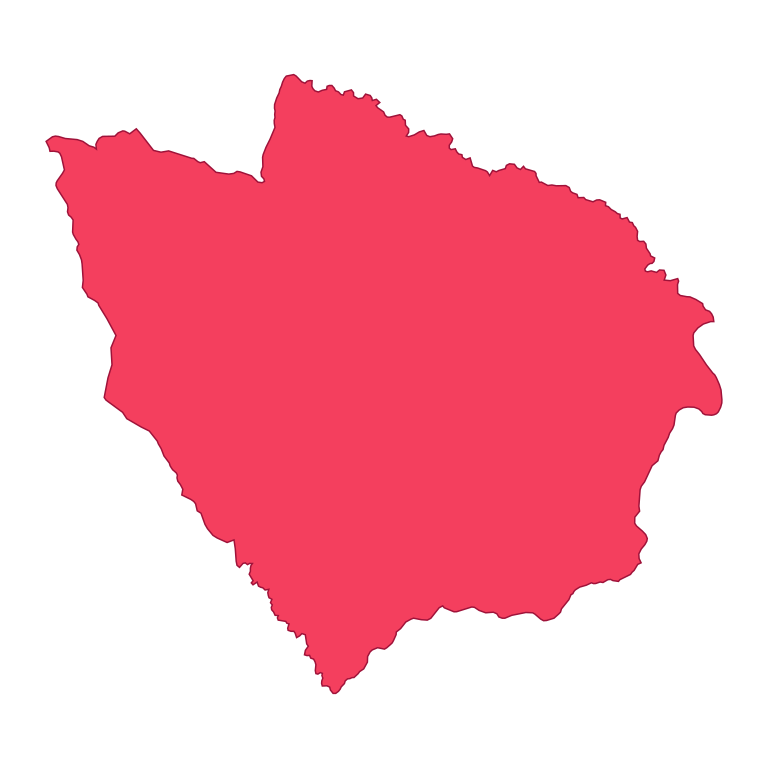 outline of Paranaíba, Mato Grosso do Sul, Brazil
{"feature_id": "56859067B8941554822277", "entity_name": "Paranaíba", "entity_type": "district", "adm_level": 2, "iso_a3": "BRA", "parent_name": "Brazil", "parent_adm1": "Mato Grosso do Sul", "projection": "albers", "projection_center": [-51.392, -19.551], "detail": "fine", "context": "isolated", "style": "filled", "palette": "rose", "viewbox_px": 768, "rotation_deg": 0, "n_neighbors": 0, "source": "geoboundaries", "source_scale": "gbopen_adm2", "svg_char_len": 6046}
<svg xmlns="http://www.w3.org/2000/svg" viewBox="0 0 768 768"><path d="M713.8,321.6L713.2,317.1L711.6,313.8L709.6,311.4L705.5,309.8L703.1,306.2L702.6,303.6L695.9,299.5L690.0,296.9L686.8,296.7L680.3,295.5L677.7,293.4L677.5,284.6L678.6,281.1L677.7,278.6L670.3,280.7L664.2,280.1L665.9,275.0L664.0,270.3L659.5,270.0L656.6,272.4L651.2,270.9L647.6,271.8L645.4,271.1L644.8,269.0L647.7,265.1L649.9,263.6L652.1,263.3L653.9,261.5L654.7,258.0L650.6,255.9L650.1,253.8L646.4,248.2L645.9,244.0L643.7,241.3L639.7,241.5L637.6,240.3L637.1,236.5L637.6,231.4L635.5,227.3L633.8,225.8L632.3,222.6L629.5,222.1L627.1,217.6L622.2,218.9L620.2,218.0L620.0,214.3L617.4,213.6L615.2,211.7L611.2,209.5L608.4,206.7L605.5,205.7L605.7,202.3L599.7,199.8L596.6,200.0L593.0,201.8L585.7,199.6L583.8,197.5L578.1,197.7L577.0,194.4L572.6,192.8L570.7,191.4L569.2,187.5L565.8,185.6L556.4,185.8L551.9,185.0L547.8,185.5L541.4,182.1L539.3,182.4L536.1,175.8L536.0,173.4L534.6,171.5L525.4,168.8L523.5,166.3L520.4,169.5L517.0,167.9L514.4,164.3L509.5,163.8L506.4,165.4L505.3,168.6L498.8,170.5L496.3,171.8L492.7,170.4L489.6,175.6L487.4,172.0L485.6,170.7L477.7,168.0L474.3,167.4L472.5,166.1L470.1,157.9L465.8,159.5L462.4,157.4L461.9,154.7L458.7,154.0L456.8,151.9L455.3,148.8L451.0,149.6L449.3,148.1L449.3,145.2L451.7,141.9L452.7,138.7L449.5,133.9L446.3,134.3L440.9,134.0L438.2,134.5L434.5,135.9L429.9,136.7L426.8,135.5L423.9,130.5L419.3,131.9L414.3,134.9L408.7,136.7L406.3,136.0L408.6,132.5L408.7,128.9L405.5,125.3L405.2,120.2L403.3,119.3L401.8,115.9L399.9,114.7L389.6,117.2L387.3,117.1L385.1,115.3L383.6,111.9L377.6,107.7L376.0,105.6L379.8,102.5L376.4,99.3L372.3,100.5L371.8,97.9L370.2,95.5L365.6,94.1L362.7,98.0L358.0,98.7L353.6,96.0L353.5,92.6L351.4,89.9L344.5,91.8L343.3,95.1L340.9,94.5L338.5,91.9L335.5,90.7L334.2,88.1L331.9,85.5L329.2,85.5L327.1,86.3L326.6,89.4L322.2,90.3L318.3,92.0L314.8,90.8L312.8,88.5L311.8,86.2L312.1,80.7L310.0,80.5L307.3,81.1L305.0,83.2L301.7,81.8L296.1,76.0L293.7,74.6L286.3,76.1L284.4,78.4L282.6,82.1L281.4,86.1L279.8,89.6L279.1,93.0L276.7,98.0L274.6,104.5L274.5,108.2L275.1,111.0L274.7,114.5L275.0,117.5L274.2,120.3L274.3,123.6L275.0,127.4L270.0,139.3L266.0,147.3L263.2,154.5L262.6,157.3L262.9,166.7L261.0,172.2L261.5,176.3L263.9,178.9L264.5,181.4L262.1,182.7L257.9,182.1L251.5,175.8L240.1,171.9L237.0,171.4L233.8,173.4L228.8,174.1L216.0,172.3L204.3,161.7L200.2,162.7L197.9,161.7L193.8,158.4L191.8,158.3L168.6,150.9L161.0,152.2L153.5,150.4L140.1,133.1L136.3,128.8L129.7,133.8L124.8,131.2L122.8,130.9L118.2,132.8L114.8,136.2L102.6,136.4L99.1,138.4L97.2,141.4L95.9,144.4L96.4,149.1L93.9,147.2L89.2,145.8L82.8,141.4L77.2,139.6L65.3,138.5L58.5,136.5L55.4,136.1L52.4,136.8L46.1,141.4L49.2,147.7L50.0,151.3L53.9,151.2L58.0,151.9L59.8,153.2L61.5,156.8L64.4,169.9L62.6,173.2L57.3,180.7L56.2,182.9L56.0,185.5L57.3,188.7L67.4,204.4L68.0,207.7L67.5,211.8L68.6,215.0L71.2,217.2L73.1,220.0L72.6,232.1L73.3,234.5L75.9,239.1L77.9,241.8L78.8,244.4L77.2,246.9L76.9,250.2L79.5,254.6L81.5,259.9L82.1,264.0L83.2,280.4L82.4,287.5L87.0,294.3L87.9,296.8L94.7,300.5L98.1,303.0L98.8,305.4L106.9,318.6L116.0,335.5L111.0,347.8L112.0,364.8L108.0,377.8L104.2,397.5L106.1,400.2L122.6,412.3L126.8,418.7L141.2,427.0L149.3,431.0L157.3,441.1L158.3,443.8L161.2,448.7L164.0,456.0L169.3,463.0L170.1,465.8L171.4,467.9L172.7,469.8L176.2,472.8L177.4,475.0L177.0,477.9L177.8,481.2L180.4,484.6L182.8,489.2L181.8,495.0L190.8,499.4L193.7,501.4L195.6,503.8L197.2,510.8L201.0,513.2L205.0,524.4L207.5,528.7L213.0,535.4L217.2,538.0L227.1,542.5L234.0,539.9L235.3,548.8L236.2,561.3L237.0,565.3L239.5,567.4L243.0,563.4L245.3,562.9L247.5,564.6L249.6,563.4L252.4,563.5L251.0,565.5L250.4,568.2L250.4,571.3L249.2,574.2L253.1,580.7L251.3,582.9L253.0,584.8L257.1,582.1L258.5,586.1L260.8,587.3L262.7,587.7L265.1,590.0L268.8,589.3L267.8,592.7L268.3,595.5L269.0,597.7L271.9,599.3L270.5,602.7L272.3,604.9L271.3,607.4L271.7,609.8L273.6,612.0L275.1,615.3L278.3,615.6L277.4,617.9L278.2,620.1L285.8,621.4L286.8,623.2L289.0,623.9L287.7,628.2L288.1,630.3L291.0,631.3L293.9,631.3L295.2,633.3L296.6,637.6L299.6,635.9L301.9,633.6L305.3,634.7L306.7,643.9L308.3,646.2L305.4,650.3L304.5,654.8L307.0,655.6L309.6,655.4L310.7,658.1L313.6,659.1L315.1,661.9L315.9,664.8L315.3,670.6L315.9,673.6L317.9,674.1L320.3,672.6L322.4,673.4L321.9,675.5L322.8,678.1L321.8,680.9L321.6,683.5L322.3,686.0L326.9,685.8L329.7,687.1L330.4,690.0L333.1,693.4L335.7,693.4L338.5,691.3L340.2,689.1L341.2,686.9L344.4,683.6L345.2,680.9L347.5,678.9L349.9,678.6L352.0,677.6L354.0,677.5L358.1,673.7L359.6,671.6L363.7,668.9L367.4,662.2L367.6,656.5L370.1,651.9L372.3,649.9L377.6,647.7L384.5,649.1L386.7,647.8L390.5,644.5L392.2,642.9L393.6,640.3L396.1,634.7L396.3,632.0L400.6,628.6L405.8,622.0L410.9,619.2L413.5,618.2L421.4,619.7L427.3,620.1L430.8,618.3L439.2,607.7L442.7,605.9L444.3,607.8L454.0,611.8L456.7,611.7L471.7,607.0L474.4,607.3L479.1,610.4L485.7,612.8L493.3,612.2L496.9,613.8L498.9,617.0L502.2,618.2L504.9,618.2L511.8,615.3L525.8,612.5L532.7,612.8L534.9,614.1L540.7,619.1L543.6,620.7L546.5,620.5L554.0,618.2L559.0,613.7L560.5,612.1L561.5,608.8L568.9,599.6L570.9,594.8L572.9,593.6L573.9,591.5L575.4,589.8L579.7,587.1L586.3,585.2L591.4,582.8L593.6,583.6L595.7,583.5L600.1,582.0L603.0,582.5L607.8,579.7L610.6,579.4L612.9,580.6L618.5,581.4L619.8,579.7L630.5,574.4L632.1,572.2L634.1,570.4L637.7,564.4L641.1,562.8L639.1,558.6L638.8,553.9L641.2,549.1L644.9,544.6L646.8,541.2L647.3,538.5L645.7,534.6L642.4,531.1L636.5,526.0L634.7,523.2L634.8,517.2L639.6,511.2L638.9,506.1L640.1,489.7L641.3,486.2L644.6,481.8L652.1,465.7L657.9,460.8L659.4,455.1L661.1,451.9L663.0,449.6L664.0,445.3L668.2,437.4L669.6,433.2L672.5,428.7L674.0,425.0L675.4,415.4L676.2,413.0L679.3,409.9L683.3,407.7L687.8,407.0L694.1,407.2L698.8,408.9L701.7,411.5L702.9,413.5L705.2,414.7L711.6,415.2L713.9,414.8L716.5,413.7L718.3,411.9L720.6,407.3L721.8,403.0L721.9,399.7L721.0,389.9L719.3,384.5L716.3,377.6L714.6,374.7L712.8,373.1L706.5,365.0L699.4,354.4L695.5,349.5L693.7,345.9L693.1,335.5L693.8,332.8L698.0,327.8L703.4,324.0L710.6,321.6L713.8,321.6Z" fill="#f43f5e" stroke="#9f1239" stroke-width="1.5"/></svg>